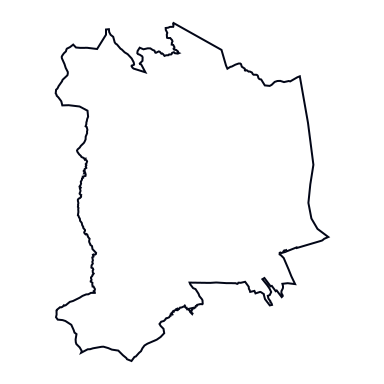 the district of Teisani, Prahova, Romania
{"feature_id": "2599482B15804896567497", "entity_name": "Teisani", "entity_type": "district", "adm_level": 2, "iso_a3": "ROU", "parent_name": "Romania", "parent_adm1": "Prahova", "projection": "mercator", "projection_center": [25.998, 45.225], "detail": "fine", "context": "isolated", "style": "outline", "palette": "ink", "viewbox_px": 384, "rotation_deg": 0, "n_neighbors": 0, "source": "geoboundaries", "source_scale": "gbopen_adm2", "svg_char_len": 5767}
<svg xmlns="http://www.w3.org/2000/svg" viewBox="0 0 384 384"><path d="M197.1,304.9L200.2,304.1L202.4,304.2L202.7,303.7L202.5,300.3L201.7,298.9L199.5,296.3L198.5,293.7L195.5,289.1L193.1,288.1L190.3,284.4L189.6,282.6L210.0,282.9L216.3,282.5L225.9,283.1L235.5,283.2L237.2,283.9L237.7,283.7L238.4,282.7L240.8,282.8L245.1,281.8L248.7,286.7L248.9,288.8L249.6,290.0L250.2,291.9L254.4,290.9L255.5,293.4L260.1,291.9L261.2,292.3L263.9,294.2L263.9,295.1L265.0,299.1L269.8,305.4L272.0,304.9L271.6,303.5L270.3,301.9L270.5,301.4L270.3,301.1L268.4,298.5L267.8,295.8L269.7,295.1L271.2,292.0L269.5,288.5L267.3,285.3L262.4,279.2L264.4,278.0L270.6,286.3L271.8,285.9L275.7,291.2L276.7,290.5L281.7,297.1L282.7,296.1L282.7,295.4L281.4,293.2L281.4,292.3L281.5,291.0L282.8,288.5L283.0,287.5L283.0,286.1L282.4,283.8L287.7,283.2L295.1,284.1L291.4,276.4L288.6,269.4L283.7,258.0L280.7,255.0L279.6,254.4L279.7,252.8L280.4,252.5L281.6,253.0L284.4,252.2L283.5,251.3L284.3,250.4L284.8,250.6L286.1,250.1L286.5,251.4L296.6,247.4L296.8,248.0L320.9,240.9L322.3,240.4L324.2,238.8L328.3,237.0L317.5,228.9L311.4,218.5L308.4,202.9L310.3,184.4L313.4,164.8L308.0,122.9L299.8,76.3L297.3,77.3L290.2,81.4L288.8,81.0L284.0,82.1L280.3,80.9L277.4,81.0L274.7,81.9L271.6,84.9L269.7,85.9L264.8,85.4L261.2,79.5L259.4,79.1L258.3,77.8L258.0,76.2L257.4,75.3L256.6,74.8L253.5,74.7L252.8,74.1L251.9,72.5L249.8,71.5L248.6,71.6L246.7,70.2L245.5,70.6L244.9,70.4L244.8,69.9L245.0,69.5L244.7,68.6L241.8,66.7L241.0,64.1L240.2,63.5L238.7,63.5L235.3,64.7L231.7,66.6L230.5,66.8L227.4,68.7L226.0,65.5L221.5,49.9L173.5,23.0L173.1,23.7L173.5,25.6L173.2,26.8L170.0,26.9L168.1,27.7L165.7,28.0L165.8,29.9L167.3,32.9L166.8,34.5L167.0,37.5L167.1,37.8L168.4,38.1L170.2,38.0L172.1,40.2L172.5,41.4L171.9,42.6L171.7,44.6L173.2,44.9L174.4,47.1L174.4,47.9L173.6,48.5L173.7,49.1L174.2,49.6L176.2,50.0L178.0,51.5L177.7,52.5L179.0,53.1L177.8,53.6L174.9,53.2L173.9,52.2L173.6,52.3L172.1,52.9L171.8,53.8L171.0,54.5L169.7,54.4L168.8,54.6L168.5,55.2L166.1,55.3L164.5,55.9L163.1,54.1L162.1,53.4L161.4,53.7L159.8,51.8L158.8,51.4L155.9,52.8L155.3,52.6L154.4,50.6L152.6,49.9L150.4,48.4L147.8,48.3L143.5,49.3L139.7,47.7L137.6,51.0L137.3,53.2L138.0,54.1L139.7,54.7L142.2,56.3L142.6,57.3L142.5,60.8L139.8,63.5L140.0,64.1L140.8,64.2L141.5,65.0L145.4,72.3L133.6,68.6L132.6,67.8L131.6,66.3L131.7,65.6L133.8,64.9L134.1,64.4L133.7,62.3L131.7,58.5L127.7,54.2L124.6,52.3L121.8,49.5L120.5,48.7L117.0,44.5L115.6,43.6L114.7,42.3L113.2,36.8L110.6,34.8L109.2,32.1L108.9,29.2L106.0,29.5L106.0,34.7L97.1,49.0L87.2,47.8L80.5,47.9L76.0,47.5L73.2,44.6L70.0,47.1L67.0,48.6L66.5,49.3L65.9,51.4L63.8,53.4L62.2,55.7L61.7,56.9L61.9,58.3L64.5,64.1L65.7,67.9L67.8,72.0L67.8,73.6L67.4,75.3L63.0,79.4L62.3,80.3L62.1,81.2L58.7,86.0L57.4,88.6L56.1,89.7L55.7,93.4L56.4,94.4L56.7,95.7L58.4,97.4L61.3,101.3L62.3,105.4L68.7,105.2L79.6,106.5L87.5,110.7L88.1,116.7L87.2,119.0L86.7,121.6L86.4,122.1L86.3,124.3L85.6,126.3L86.7,127.0L87.4,129.9L87.0,131.5L87.1,133.2L85.7,136.6L85.6,139.4L84.6,141.7L83.8,143.0L80.8,145.9L79.7,147.6L77.6,149.4L77.0,150.6L77.5,152.0L79.3,154.5L80.7,155.7L81.5,157.0L83.8,158.0L84.8,159.6L85.6,158.9L85.8,159.9L86.6,160.5L87.1,161.4L86.5,163.2L85.9,163.9L86.2,164.2L85.9,164.7L86.3,165.5L85.7,166.4L86.3,167.9L84.7,169.0L84.6,170.0L84.0,170.5L84.6,171.1L84.0,171.7L84.8,172.3L84.2,173.4L85.4,173.4L85.7,174.6L85.5,175.9L82.8,176.6L83.1,177.8L82.0,178.4L82.0,179.6L80.8,181.8L81.1,183.6L80.4,185.4L79.5,186.5L79.6,187.0L80.5,187.3L80.8,187.7L79.9,188.6L80.5,190.5L80.4,191.4L79.6,193.4L79.7,193.9L81.2,195.0L80.8,195.9L81.1,196.4L81.0,197.0L80.0,198.0L78.6,198.7L77.9,199.6L77.9,200.9L78.4,203.1L78.0,204.9L78.2,205.6L77.9,206.9L78.5,208.0L78.2,208.9L78.4,212.0L77.9,215.3L78.6,216.0L79.0,217.4L79.8,218.5L80.1,220.8L81.7,222.8L82.3,225.4L83.2,226.7L83.2,227.8L85.0,230.0L85.0,230.8L84.2,232.3L84.6,233.4L85.7,234.4L86.6,234.0L87.5,235.0L87.5,235.7L88.0,236.4L88.2,237.2L89.6,238.8L89.1,241.1L89.4,242.6L90.2,243.9L90.2,244.7L92.0,246.1L92.5,249.1L96.1,252.9L95.9,254.0L95.4,254.4L94.8,254.7L93.6,254.4L92.9,254.8L93.5,256.6L92.3,257.4L92.9,260.5L92.3,261.9L92.8,263.6L91.6,265.3L91.4,267.6L92.9,268.4L93.3,269.6L92.7,270.5L92.7,271.3L92.9,272.9L93.7,273.5L93.0,274.7L92.4,275.1L92.2,276.1L91.0,277.4L91.0,278.3L91.5,279.6L91.4,280.3L90.7,281.1L90.7,281.6L92.4,282.7L92.3,284.6L92.6,286.5L93.5,286.5L94.9,289.0L94.9,289.7L94.7,290.2L93.6,291.2L93.7,291.6L94.8,292.2L94.8,292.9L90.9,292.9L88.3,294.3L86.2,294.4L82.5,295.9L79.7,297.7L73.0,301.0L69.8,301.9L65.8,305.2L64.3,305.7L63.9,305.3L62.5,306.8L61.0,307.4L60.1,307.2L56.9,309.8L56.9,310.4L56.5,310.6L56.6,314.6L56.0,317.2L57.7,319.6L62.6,320.1L65.4,321.0L71.3,324.8L73.6,329.9L74.5,332.6L76.5,334.1L75.6,339.4L75.8,342.3L76.4,344.1L79.7,347.4L81.8,351.1L81.1,352.8L87.7,349.3L90.1,349.2L93.0,348.3L101.5,346.8L103.5,346.7L108.3,348.1L111.8,349.6L118.3,350.6L123.0,355.3L126.3,358.0L127.0,359.2L131.5,361.0L134.5,356.9L135.8,356.5L139.1,352.8L141.0,351.2L142.4,348.3L144.5,345.5L147.4,343.7L156.7,339.7L160.6,337.0L164.2,333.2L163.5,328.8L160.7,326.0L159.5,324.0L161.2,321.7L163.8,321.0L165.5,319.4L165.6,318.9L166.4,318.1L167.3,318.1L169.1,317.3L170.1,315.8L170.5,315.8L170.6,314.5L171.4,314.5L171.0,314.0L171.4,313.5L171.9,313.6L171.6,313.1L173.3,311.8L174.7,311.4L173.2,311.5L173.0,311.3L173.2,311.1L175.5,310.0L177.6,310.2L177.8,310.0L177.4,309.9L177.2,309.5L176.3,309.5L176.2,309.2L177.7,308.5L178.5,309.0L179.1,309.0L180.1,307.6L181.5,307.5L184.2,306.3L184.8,305.6L185.2,306.2L185.0,307.0L185.9,307.8L186.6,307.8L186.6,308.4L187.2,309.4L188.1,309.1L189.3,309.8L189.2,310.3L189.8,310.8L190.1,311.9L192.2,314.1L192.5,313.5L191.8,313.1L191.2,310.8L192.1,309.9L192.0,309.0L192.6,308.8L191.2,308.3L195.5,307.3L195.8,306.0L196.9,305.7L196.8,305.3L197.1,304.9Z" fill="none" stroke="#020617" stroke-width="2"/></svg>